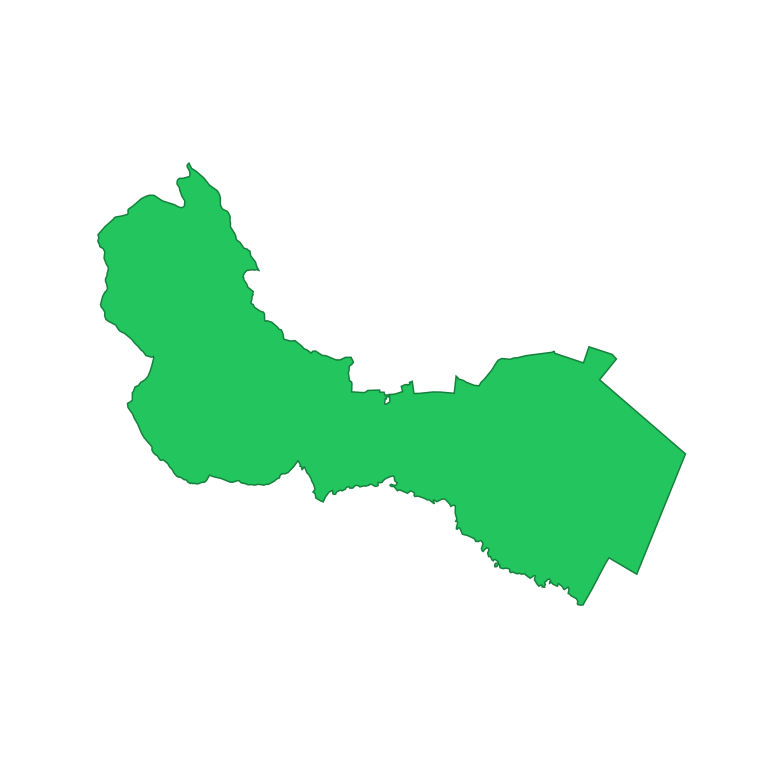 the district of Urechesti, Vrancea, Romania, rotated 11°
{"feature_id": "2599482B13172395436586", "entity_name": "Urechesti", "entity_type": "district", "adm_level": 2, "iso_a3": "ROU", "parent_name": "Romania", "parent_adm1": "Vrancea", "projection": "albers", "projection_center": [27.067, 45.615], "detail": "fine", "context": "isolated", "style": "filled", "palette": "green", "viewbox_px": 768, "rotation_deg": 11, "n_neighbors": 0, "source": "geoboundaries", "source_scale": "gbopen_adm2", "svg_char_len": 6131}
<svg xmlns="http://www.w3.org/2000/svg" viewBox="0 0 768 768"><g transform="rotate(11 384 384)"><path d="M621.8,562.7L622.0,561.2L627.1,546.4L635.4,518.7L638.0,511.7L668.4,522.5L693.3,395.1L594.8,338.7L607.4,315.1L602.3,311.4L578.1,308.4L575.8,325.2L545.7,321.3L545.0,319.7L544.3,319.6L543.2,320.7L518.2,329.0L510.0,332.8L506.5,333.7L503.1,335.7L494.7,336.5L491.6,338.8L490.3,341.3L486.9,350.3L481.6,360.0L478.9,364.0L477.7,367.6L472.9,368.1L464.3,366.6L461.6,365.4L455.9,364.8L455.7,364.0L453.3,362.6L454.7,379.7L440.7,381.2L433.5,382.5L420.4,386.5L415.2,387.6L411.2,376.0L408.7,377.6L409.5,379.1L408.3,380.0L407.5,380.5L407.4,380.1L404.8,380.6L401.4,383.0L403.8,387.9L396.3,392.0L391.3,393.3L392.9,399.1L392.8,400.8L389.9,403.4L388.6,403.5L388.3,403.1L388.0,398.4L389.2,398.2L388.7,396.2L391.2,395.7L390.6,393.8L386.8,394.7L385.7,392.1L381.3,392.8L380.9,390.8L369.4,393.4L366.9,395.9L365.0,396.4L353.8,397.9L352.4,389.6L351.7,388.2L349.4,387.1L346.9,379.8L347.1,377.2L346.5,373.2L348.6,370.9L349.8,368.7L349.4,367.7L346.5,364.1L341.1,365.2L336.2,368.8L332.2,369.5L321.6,367.3L317.9,367.7L310.6,364.7L308.0,365.3L306.5,367.5L301.8,365.2L298.4,364.5L296.5,362.8L288.3,358.4L284.3,359.7L277.1,359.1L275.0,353.5L272.9,350.5L270.4,350.3L269.0,348.8L262.2,344.8L257.2,344.2L255.5,345.0L254.6,343.9L253.3,338.1L251.9,336.5L248.6,336.1L242.2,333.4L240.4,331.0L238.7,330.5L237.9,329.7L238.1,326.1L237.8,323.4L238.4,321.1L237.9,320.6L237.9,318.1L231.8,314.9L230.3,312.1L227.4,309.3L226.4,308.1L226.0,306.4L225.0,305.9L225.8,301.7L227.8,298.7L232.8,297.0L235.2,296.9L236.9,296.0L239.4,296.3L236.5,292.7L234.6,288.8L228.9,283.8L226.9,279.0L225.6,278.9L224.2,277.8L220.5,277.3L215.8,272.6L211.4,270.3L210.1,266.8L208.8,264.9L203.2,258.9L202.7,255.7L201.4,252.2L201.2,249.6L200.4,248.1L198.6,245.6L196.9,244.3L193.0,243.4L191.7,242.7L189.9,240.5L189.2,239.3L187.8,232.4L186.3,229.4L184.7,227.4L183.1,225.9L174.9,222.2L167.9,216.2L158.8,210.9L154.0,209.1L150.4,204.4L149.1,206.5L149.2,208.2L152.8,212.4L153.7,216.2L153.3,217.5L147.6,220.4L143.9,221.2L142.6,222.9L142.3,224.4L142.6,227.1L145.7,230.3L146.4,232.4L149.7,238.1L153.6,242.4L154.1,247.4L153.1,248.6L151.8,249.5L148.7,249.5L144.6,248.1L131.6,246.5L122.2,242.7L117.9,243.4L115.1,244.9L110.7,248.1L103.4,257.4L99.7,261.3L99.6,262.7L100.3,265.2L99.7,266.5L95.0,268.9L88.9,271.2L87.6,272.3L86.9,273.9L80.1,282.8L74.7,292.1L76.0,294.2L76.2,295.2L75.8,298.1L76.2,298.9L78.3,301.7L78.6,303.0L79.1,303.5L82.6,304.7L84.7,307.6L85.2,313.9L88.5,319.2L91.2,322.3L91.5,325.4L91.1,328.0L91.4,330.6L90.6,333.7L90.8,335.3L91.4,337.0L92.7,338.8L94.4,343.1L93.5,346.1L92.6,346.9L91.1,351.8L90.6,360.1L91.7,362.4L93.8,363.9L95.9,366.4L96.5,367.8L96.8,370.4L98.8,373.7L101.5,375.0L109.6,377.4L112.5,380.8L114.7,382.5L119.8,383.9L127.6,388.1L131.0,391.1L135.9,394.3L138.5,396.7L141.6,398.3L144.8,401.5L150.3,402.0L151.7,401.7L152.4,400.9L153.0,402.0L152.6,410.6L151.9,416.5L150.8,421.7L148.5,425.6L144.9,428.8L143.3,432.3L140.2,434.4L139.5,439.0L138.6,440.5L140.0,447.8L138.7,449.6L135.9,452.0L137.2,455.9L143.0,461.5L145.4,465.2L149.8,470.3L155.5,478.7L158.8,482.5L168.3,490.0L168.8,493.1L170.8,495.5L173.3,497.1L174.9,497.4L178.6,501.2L179.4,501.5L181.9,500.6L187.0,503.5L189.8,506.7L192.2,508.2L194.8,511.4L198.0,514.0L200.3,514.6L202.5,514.4L206.1,516.1L208.2,515.8L210.3,517.8L212.9,518.6L213.4,518.0L214.9,518.3L216.8,517.6L217.8,517.9L220.8,517.4L223.3,515.6L226.7,514.5L228.1,512.7L230.2,506.7L233.7,507.5L242.0,507.8L251.9,509.7L254.4,509.2L259.1,506.6L260.3,506.7L262.6,508.2L268.0,508.4L269.8,508.9L273.2,508.0L276.2,508.0L279.8,506.4L285.4,506.2L287.6,504.9L289.8,504.5L294.6,500.5L296.8,497.7L299.0,496.4L299.4,495.5L299.2,494.0L300.8,491.7L304.1,491.0L306.8,489.1L311.2,482.2L314.1,476.0L315.6,477.1L317.1,479.1L317.5,479.9L317.2,480.7L318.9,481.1L319.8,483.6L320.2,483.5L321.4,480.7L321.9,480.7L325.2,485.8L327.6,487.5L331.0,491.6L331.4,492.8L334.1,496.0L336.1,500.0L336.2,501.1L334.9,503.6L337.2,504.6L338.9,508.9L344.0,510.8L346.8,511.3L348.1,506.1L350.5,500.9L353.0,498.8L353.8,498.3L354.9,501.7L356.2,501.9L357.5,501.3L358.0,499.0L361.1,496.7L363.4,496.8L366.1,494.7L366.8,492.7L368.8,491.4L369.3,491.5L370.1,492.7L373.2,492.1L375.0,489.4L376.0,488.8L378.0,488.7L380.0,489.6L383.5,487.9L385.5,487.8L388.7,486.1L388.9,485.4L390.7,484.8L394.7,486.2L396.9,485.4L397.6,484.6L397.2,483.6L397.1,481.8L399.4,481.6L401.1,480.7L401.6,479.0L403.4,476.9L406.4,474.6L410.3,472.5L412.1,473.7L412.5,476.0L413.3,477.2L415.9,478.6L414.9,481.0L413.9,481.6L410.1,481.1L409.2,482.2L410.5,483.2L413.5,482.8L417.5,486.2L419.4,484.9L427.9,486.8L430.3,484.1L431.5,484.0L434.5,485.0L434.8,486.0L434.7,487.5L435.6,488.5L439.0,487.6L445.0,488.4L448.7,489.5L450.4,489.0L455.7,491.8L456.1,491.5L454.7,489.0L455.2,488.3L458.3,489.5L462.5,486.2L464.9,485.3L467.0,486.1L471.0,489.0L473.0,491.4L475.0,489.7L477.3,489.9L478.5,497.1L481.2,502.5L480.6,505.1L482.0,504.9L482.8,506.4L482.5,511.0L482.7,512.4L483.6,512.6L484.6,511.0L485.9,511.0L489.7,516.5L494.9,516.8L501.2,518.3L502.4,518.8L504.1,521.0L506.4,520.7L508.7,519.2L509.9,519.7L511.7,522.0L511.0,527.0L512.1,528.9L513.3,529.5L514.7,526.8L516.2,525.2L517.9,525.5L518.7,526.5L518.0,530.3L519.6,533.2L520.0,533.5L521.2,532.9L523.7,536.2L525.0,536.7L525.1,535.8L526.6,535.0L530.2,536.8L530.4,537.9L527.9,538.6L527.2,539.7L527.3,541.2L527.8,542.3L529.6,541.7L530.6,539.5L531.7,539.0L532.3,539.6L532.4,541.4L533.4,542.3L536.5,542.5L538.2,541.6L540.7,541.4L542.5,541.9L543.1,542.9L543.0,543.8L544.3,545.0L546.3,544.0L550.4,544.9L551.5,544.8L552.3,544.0L555.6,544.4L558.7,543.4L559.4,544.3L564.5,546.8L567.7,543.6L569.0,543.4L569.4,544.3L568.8,546.2L569.2,547.6L572.7,551.5L574.7,552.9L576.4,551.5L577.6,551.4L578.0,553.1L580.4,552.8L579.9,551.9L580.7,550.1L579.6,548.4L579.7,547.7L581.1,546.3L582.0,544.6L583.6,543.9L585.0,544.9L585.1,545.6L584.4,546.2L584.6,548.0L586.2,546.8L587.9,548.2L592.5,549.5L593.0,549.0L592.9,546.7L593.4,546.7L597.2,548.5L599.6,551.2L600.3,551.3L603.4,548.2L604.8,550.1L604.8,554.5L606.4,554.8L608.2,556.3L613.7,558.0L615.8,560.3L615.6,562.0L616.2,563.5L619.0,563.6L621.8,562.7Z" fill="#22c55e" stroke="#15803d" stroke-width="1.5"/></g></svg>